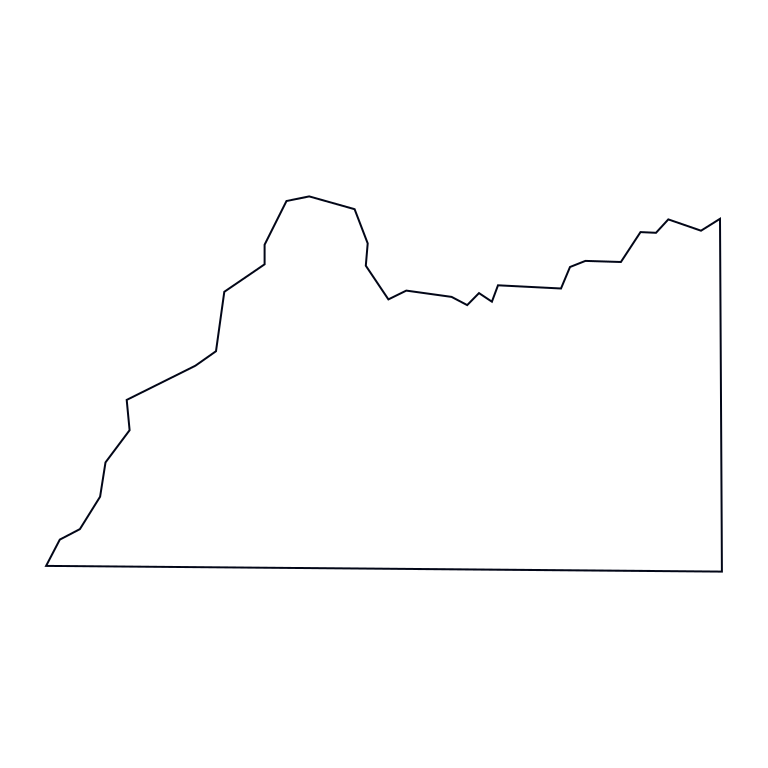 outline of Cass, Illinois, United States of America
{"feature_id": "52423323B74744192559134", "entity_name": "Cass", "entity_type": "district", "adm_level": 2, "iso_a3": "USA", "parent_name": "United States of America", "parent_adm1": "Illinois", "projection": "orthographic", "projection_center": [-90.285, 39.999], "detail": "fine", "context": "isolated", "style": "outline", "palette": "ink", "viewbox_px": 768, "rotation_deg": 0, "n_neighbors": 0, "source": "geoboundaries", "source_scale": "gbopen_adm2", "svg_char_len": 556}
<svg xmlns="http://www.w3.org/2000/svg" viewBox="0 0 768 768"><path d="M126.7,399.9L129.6,430.2L105.5,462.4L100.1,496.7L79.9,529.1L59.8,539.6L46.1,565.9L721.9,571.6L721.7,528.1L720.0,218.8L701.0,230.7L668.3,219.4L656.0,232.8L640.5,232.1L620.9,262.0L585.4,260.9L570.0,267.0L561.0,288.5L498.0,285.3L491.9,301.7L479.0,293.1L467.2,305.1L451.6,296.9L406.3,290.6L388.4,299.4L365.8,265.7L367.7,243.4L354.6,209.2L309.2,196.4L286.5,201.0L264.6,244.7L264.6,264.3L224.3,291.8L216.0,351.2L195.4,365.7L126.7,399.9Z" fill="none" stroke="#020617" stroke-width="2"/></svg>